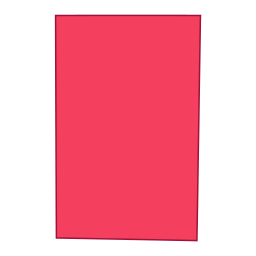 the district of Rancul, La Pampa, Argentina
{"feature_id": "61730980B63706771284544", "entity_name": "Rancul", "entity_type": "district", "adm_level": 2, "iso_a3": "ARG", "parent_name": "Argentina", "parent_adm1": "La Pampa", "projection": "albers", "projection_center": [-64.79, -35.405], "detail": "fine", "context": "isolated", "style": "filled", "palette": "rose", "viewbox_px": 256, "rotation_deg": 0, "n_neighbors": 0, "source": "geoboundaries", "source_scale": "gbopen_adm2", "svg_char_len": 390}
<svg xmlns="http://www.w3.org/2000/svg" viewBox="0 0 256 256"><path d="M56.4,238.0L59.0,238.0L107.7,238.9L108.0,238.9L146.0,239.6L196.9,240.6L197.1,228.1L197.2,223.6L197.5,205.7L198.2,157.0L198.5,140.4L199.2,93.7L200.0,42.9L200.4,18.6L200.5,15.5L199.6,15.5L173.5,15.4L97.1,15.4L55.6,15.5L55.6,17.4L55.8,77.5L55.9,106.7L56.4,238.0Z" fill="#f43f5e" stroke="#9f1239" stroke-width="1.5"/></svg>